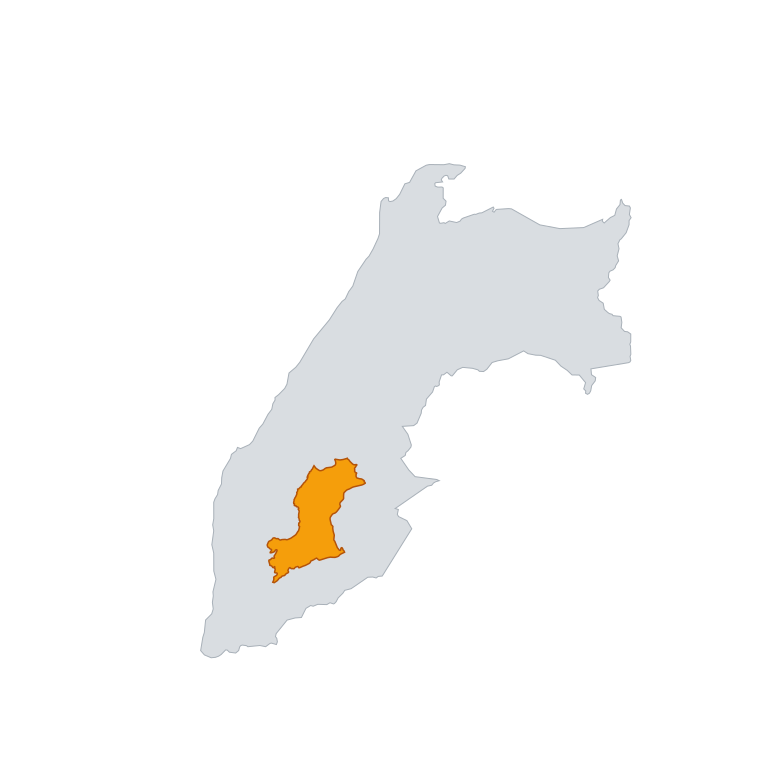 Cusco on a map of Peru (Equal Earth projection), rotated 55°
{"feature_id": "PER-571", "entity_name": "Cusco", "entity_type": "Department", "adm_level": 1, "iso_a3": "PER", "parent_name": "Peru", "parent_adm1": "", "projection": "equal_earth", "projection_center": [-72.174, -13.267], "detail": "fine", "context": "in_parent", "style": "filled", "palette": "amber", "viewbox_px": 768, "rotation_deg": 55, "n_neighbors": 0, "source": "natural_earth", "source_scale": "10m", "svg_char_len": 9769}
<svg xmlns="http://www.w3.org/2000/svg" viewBox="0 0 768 768"><g transform="rotate(55 384 384)"><path d="M509.4,221.0L509.2,223.2L507.2,224.2L505.4,222.7L502.6,223.2L498.5,218.1L488.7,218.9L484.4,224.8L477.9,226.1L470.9,228.8L462.8,230.0L450.3,239.3L447.4,243.2L441.7,248.7L437.0,250.6L434.7,267.7L430.2,277.6L428.4,283.1L430.9,291.3L430.9,295.3L428.3,298.6L426.2,299.0L421.9,302.5L415.5,310.0L414.4,315.8L416.5,323.4L415.8,324.3L410.5,325.7L410.6,330.0L409.5,331.6L414.0,337.7L416.5,339.2L416.6,340.7L416.2,342.3L415.2,342.9L415.1,344.3L418.4,348.8L420.7,357.9L425.4,362.3L425.5,365.3L426.8,368.1L429.3,370.3L435.0,379.4L435.1,383.6L429.2,393.3L438.9,393.3L449.6,396.6L451.1,398.1L452.4,402.5L452.6,405.3L454.7,407.6L454.5,412.9L468.6,413.0L477.7,411.7L492.6,395.5L494.9,394.2L493.7,397.7L493.5,400.2L494.3,403.0L492.6,407.0L492.4,446.3L495.0,444.2L498.5,447.9L501.0,448.1L509.1,443.6L518.5,444.3L540.3,495.6L538.3,499.1L538.4,501.7L535.7,503.9L533.0,508.1L532.8,528.4L530.5,534.5L531.8,537.7L532.9,544.2L534.9,548.1L535.4,550.5L535.2,551.5L532.2,553.7L531.9,557.4L526.5,564.6L525.4,569.5L523.4,571.1L523.0,576.6L527.9,585.6L524.7,590.9L521.8,598.8L526.6,615.5L528.7,617.8L530.8,617.7L534.0,619.2L535.7,621.6L531.7,624.8L531.1,626.2L531.3,631.6L527.0,635.7L521.1,646.2L519.5,646.7L516.6,649.8L516.1,651.4L516.5,652.9L519.0,656.0L519.3,659.8L515.0,664.5L512.1,665.0L511.0,666.2L512.2,672.6L512.1,675.6L511.2,678.9L509.1,682.6L502.9,686.5L497.2,687.1L487.5,677.6L484.5,673.7L475.0,665.5L473.5,657.0L470.3,652.9L464.4,649.8L459.7,645.4L456.2,643.4L447.6,633.7L439.6,630.7L424.9,620.5L416.9,617.2L406.6,607.7L401.1,605.1L396.7,600.7L383.2,591.3L381.1,588.3L379.1,583.7L376.1,580.9L372.7,574.5L367.7,570.7L362.9,565.8L356.9,552.4L354.1,549.3L353.9,543.3L351.9,540.4L354.7,538.5L356.5,529.0L355.5,524.2L348.6,511.5L347.3,506.2L342.3,496.4L340.4,490.5L336.4,486.3L334.7,482.5L332.5,481.0L332.3,476.5L330.7,467.9L328.5,463.6L320.5,455.5L319.7,446.7L317.9,440.5L306.7,415.8L300.1,391.9L294.6,378.7L292.3,371.0L292.1,366.9L288.1,359.9L285.9,353.4L276.8,340.9L271.5,327.1L270.7,323.0L267.1,315.4L261.3,305.4L258.4,301.5L241.0,289.2L232.8,281.7L231.8,277.9L232.2,275.7L234.0,273.6L236.5,275.2L238.0,274.5L239.2,271.8L239.2,267.7L237.6,262.3L232.0,252.1L233.5,247.4L227.7,235.5L229.0,223.9L230.3,220.9L238.7,209.2L241.0,204.1L244.6,201.0L248.2,196.3L252.7,192.7L253.9,193.9L255.3,200.2L255.1,204.4L256.3,209.0L253.3,213.3L249.9,212.4L248.6,213.5L248.1,215.4L248.7,218.6L249.6,220.0L252.1,220.1L248.7,226.3L249.0,227.5L251.3,228.6L253.6,227.0L255.9,223.5L257.3,223.0L265.8,229.0L269.8,228.3L272.8,231.1L273.2,235.5L277.5,244.1L283.8,246.2L284.8,245.5L286.3,242.3L287.6,241.8L287.9,237.0L293.4,231.9L294.2,228.4L293.4,225.9L293.5,224.0L296.7,212.7L297.7,211.5L298.6,207.9L299.9,205.7L301.7,193.0L303.2,193.1L304.7,196.1L306.4,195.3L305.5,192.4L305.7,191.4L311.8,181.3L313.7,179.1L343.0,165.1L357.6,150.8L370.4,130.7L374.5,110.4L375.9,111.8L378.4,111.3L377.5,103.1L378.1,99.2L378.1,98.1L374.0,93.2L372.4,87.8L368.9,84.8L369.0,83.6L372.8,84.7L376.1,84.2L379.0,80.9L381.1,81.2L385.9,85.8L389.5,86.2L390.7,89.5L394.1,91.9L399.0,98.9L401.2,106.5L401.1,107.9L403.3,111.9L408.0,113.9L412.8,119.5L417.7,121.2L419.9,126.3L421.3,127.9L421.9,130.8L421.2,134.3L421.9,136.1L425.5,139.1L428.6,139.2L429.3,140.7L431.1,149.0L429.9,153.3L430.4,155.6L434.5,157.7L435.7,159.5L438.9,159.9L443.5,158.1L449.2,160.7L453.6,159.7L455.6,159.0L457.7,157.2L459.4,157.2L463.9,151.9L465.1,151.4L469.9,153.8L474.0,157.5L478.9,156.8L481.0,154.5L484.6,153.2L491.1,157.8L492.5,159.9L494.3,160.3L501.3,164.8L502.5,166.6L506.2,168.3L507.0,169.8L506.8,171.4L490.3,205.8L495.4,208.7L500.1,206.9L502.6,209.2L504.4,214.8L508.1,218.5L509.4,221.0Z" fill="#d9dde1" stroke="#a8b0b8" stroke-width="1"/><path d="M416.1,500.1L415.7,499.7L414.4,497.4L414.2,496.5L414.1,496.0L413.8,495.8L413.4,495.7L413.3,495.3L413.4,494.4L413.4,493.8L413.3,493.6L412.9,492.9L412.7,492.5L412.6,491.6L412.4,491.2L411.5,489.7L410.8,488.2L413.3,488.1L414.2,488.0L417.1,486.9L417.9,486.5L418.3,486.1L418.8,485.4L419.2,484.2L419.4,483.5L419.5,482.8L419.5,482.1L419.4,480.6L419.6,479.6L419.6,479.3L422.0,474.7L422.1,474.4L422.4,471.6L422.4,470.6L422.4,470.3L422.1,469.9L421.5,469.2L421.0,468.8L420.8,468.7L420.1,468.4L418.9,467.8L418.6,467.8L418.0,467.8L417.8,467.7L417.6,467.6L417.6,467.2L417.7,466.9L417.9,466.7L418.7,466.0L421.0,463.6L422.4,460.8L423.5,457.6L423.7,456.7L424.4,456.9L425.5,456.4L426.2,456.3L427.9,456.3L431.1,455.7L432.1,455.4L432.8,455.0L433.1,454.8L433.2,454.5L434.1,452.9L434.3,452.7L434.6,452.6L434.8,452.8L435.0,453.1L435.2,454.2L435.4,454.4L435.7,454.9L435.8,455.2L435.9,455.8L436.0,456.2L436.6,456.8L437.6,457.2L437.8,457.4L438.4,458.0L438.8,458.2L439.5,458.1L439.8,458.2L440.1,458.2L440.8,457.6L441.3,457.5L441.5,457.7L441.6,458.0L441.7,458.4L441.9,458.7L442.1,458.8L442.3,458.8L442.6,459.0L443.1,459.6L443.7,459.9L444.8,460.1L445.6,460.0L445.9,459.8L446.1,459.6L446.3,459.4L446.7,459.0L447.3,458.6L447.5,458.4L448.5,457.3L448.9,456.9L449.8,456.4L451.5,455.8L451.7,455.7L451.9,455.7L452.6,456.3L452.9,456.3L453.6,456.0L454.1,456.1L454.5,456.3L454.4,458.3L454.0,460.1L450.8,468.0L450.4,469.8L450.3,471.1L450.0,473.1L449.7,474.1L449.5,475.3L449.5,475.8L450.0,478.6L450.0,478.9L450.2,479.2L450.6,479.8L452.6,481.4L454.4,482.6L454.7,482.9L455.0,483.4L455.2,484.1L455.9,487.6L456.1,488.1L456.4,488.5L456.7,488.8L457.3,489.3L458.4,489.5L459.0,489.7L459.3,489.9L459.6,490.4L459.7,490.8L460.3,492.3L461.1,494.8L461.5,496.3L461.6,497.4L461.6,498.2L461.2,499.6L461.1,500.2L461.1,501.1L461.3,501.6L461.5,502.1L462.1,503.8L462.5,504.6L463.3,505.4L463.9,505.8L468.5,507.7L469.0,507.8L469.5,507.8L470.7,507.6L471.2,507.6L471.6,507.7L471.8,507.9L472.4,508.5L472.9,508.8L475.4,510.1L479.2,511.4L479.6,511.7L482.6,514.3L483.0,514.5L483.8,514.6L484.5,514.5L491.3,516.1L494.4,515.9L494.9,515.6L495.2,515.3L495.2,514.9L495.0,514.6L494.4,514.1L494.1,513.8L493.8,513.4L493.7,513.0L493.8,512.5L494.1,512.3L494.4,512.3L495.2,512.3L496.3,512.7L497.6,512.5L498.4,512.6L499.2,512.8L498.6,516.5L498.5,517.7L498.9,519.7L498.9,520.4L498.7,521.3L498.1,523.2L497.7,523.9L496.2,525.9L495.5,526.7L495.0,527.4L494.7,528.1L493.9,529.8L491.6,537.1L491.2,538.0L490.9,538.2L490.2,538.5L488.2,539.0L487.9,539.2L487.7,540.9L487.6,542.6L487.1,545.3L487.2,545.8L487.5,546.2L487.8,546.6L488.0,547.3L488.1,548.1L487.5,552.4L487.3,553.2L486.9,554.4L486.1,558.4L485.8,558.9L485.6,559.2L484.3,559.1L483.9,559.5L483.4,561.0L483.3,562.0L483.4,562.5L483.6,563.1L483.7,563.5L483.6,563.8L483.5,564.0L483.0,564.5L482.1,565.8L481.8,566.0L480.9,566.2L480.5,566.3L480.3,566.8L480.4,567.4L480.5,567.7L481.0,568.8L481.5,569.4L481.7,569.7L481.9,569.8L482.8,569.8L483.4,570.2L483.5,570.6L483.6,571.0L483.3,572.5L483.3,572.9L483.4,573.5L483.7,574.6L483.8,575.2L483.7,575.7L483.2,576.8L483.0,577.5L482.9,578.4L483.3,579.1L483.3,579.4L483.1,580.4L483.0,581.1L483.1,581.5L483.2,581.9L483.3,582.2L483.5,582.8L483.7,583.6L483.9,584.7L483.8,587.3L483.8,587.8L483.6,588.1L482.9,588.5L482.6,588.8L482.2,588.3L481.7,587.3L481.3,586.8L480.6,586.1L480.2,585.8L479.5,585.5L479.2,585.2L478.9,584.7L479.0,583.3L479.1,582.5L479.1,582.1L479.1,581.7L478.9,581.2L478.7,580.8L478.5,580.5L478.1,580.2L477.6,580.2L477.3,580.2L476.9,580.6L476.2,581.5L475.7,581.7L475.4,581.5L475.1,581.3L473.7,579.7L473.4,579.4L473.0,579.2L472.5,579.4L472.1,579.2L471.3,578.4L471.0,578.4L470.8,578.5L470.8,578.8L471.0,579.7L471.0,580.0L470.8,580.2L470.6,580.3L470.3,580.4L469.4,580.3L469.1,580.3L468.6,580.5L467.9,580.8L467.3,581.4L467.1,581.5L466.8,581.4L466.5,581.2L466.3,581.1L463.2,580.0L462.6,579.6L462.3,579.2L462.3,578.9L462.6,578.3L462.7,577.8L462.4,575.8L462.4,575.5L462.6,575.2L462.8,575.0L463.2,574.7L463.4,574.5L463.5,574.2L463.6,573.9L463.7,573.7L463.6,573.4L462.5,573.1L462.2,572.9L461.9,572.6L461.6,572.1L461.3,571.0L459.7,568.0L459.2,567.3L458.9,567.0L458.4,566.9L458.2,567.0L457.9,567.5L457.8,567.9L457.8,568.2L457.9,568.5L458.3,569.3L458.4,570.0L458.4,570.7L458.3,571.0L458.0,571.7L457.9,572.6L457.2,573.8L457.0,574.0L456.8,573.9L456.6,573.8L456.4,573.5L456.2,572.9L455.9,571.9L455.8,571.6L455.6,571.4L455.4,571.2L455.0,571.2L454.8,571.2L454.2,571.6L453.7,571.9L453.1,572.0L452.4,572.1L450.8,572.7L449.2,572.2L448.6,571.7L447.1,569.2L447.0,568.9L446.9,568.6L446.9,568.3L447.0,567.7L447.2,566.3L447.2,565.5L447.2,565.1L446.7,563.9L446.6,563.6L446.6,563.2L446.7,562.9L447.0,562.3L447.3,561.9L447.5,561.7L447.9,561.5L448.4,561.3L448.8,561.0L449.2,560.6L449.4,560.3L449.6,559.9L449.7,559.6L450.0,559.4L450.9,559.2L451.3,559.0L452.1,558.7L452.4,558.4L453.0,556.6L453.3,556.2L453.8,555.4L454.6,554.1L455.6,553.2L455.9,552.7L456.2,552.1L456.9,548.6L456.9,542.9L456.6,541.9L456.2,541.0L455.5,539.4L455.3,538.6L454.9,537.8L453.6,536.3L453.4,535.9L453.2,535.9L452.4,535.1L452.3,534.9L451.1,535.1L450.7,534.9L449.8,534.2L449.3,533.8L449.0,533.4L449.2,533.1L448.7,532.1L448.4,531.7L448.1,531.5L447.1,531.5L446.8,531.5L446.3,531.1L445.4,530.7L444.4,530.6L444.1,530.5L443.9,530.0L443.5,529.9L441.7,528.6L440.1,526.9L439.3,526.3L438.4,526.2L437.4,526.1L437.2,526.0L437.1,525.8L437.0,525.4L436.9,525.1L436.2,525.0L435.3,525.1L435.0,525.3L434.3,526.1L434.1,526.1L433.9,526.1L433.6,525.9L433.3,526.0L433.1,526.1L432.7,526.7L432.1,527.1L431.7,526.9L431.3,526.4L430.8,526.1L430.3,526.5L430.1,526.5L429.9,526.3L429.1,525.9L428.9,525.6L428.2,524.8L427.0,523.8L426.9,523.5L426.8,523.1L426.3,522.5L425.7,521.0L424.4,518.9L423.7,518.1L422.9,517.8L422.8,517.6L422.2,516.3L421.9,515.9L421.1,515.3L420.6,515.1L420.6,514.8L421.0,514.1L420.5,511.5L420.7,511.0L420.8,510.9L420.8,510.7L420.6,510.4L420.2,510.2L420.1,509.9L419.7,508.2L419.5,507.6L419.2,507.1L419.0,505.9L418.9,504.7L418.8,504.3L418.4,503.6L418.3,503.0L418.0,501.8L417.8,501.4L416.6,499.8L416.2,499.5L416.1,500.1Z" fill="#f59e0b" stroke="#b45309" stroke-width="1.5"/></g></svg>